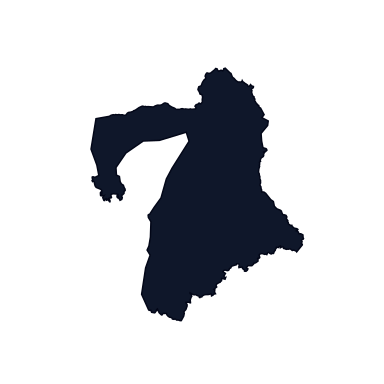 Cagaannuur, Hövsgöl, Mongolia (Mercator projection), rotated 125°
{"feature_id": "93677404B97246695364333", "entity_name": "Cagaannuur", "entity_type": "district", "adm_level": 2, "iso_a3": "MNG", "parent_name": "Mongolia", "parent_adm1": "Hövsgöl", "projection": "mercator", "projection_center": [98.912, 51.64], "detail": "fine", "context": "isolated", "style": "filled", "palette": "ink", "viewbox_px": 384, "rotation_deg": 125, "n_neighbors": 0, "source": "geoboundaries", "source_scale": "gbopen_adm2", "svg_char_len": 6014}
<svg xmlns="http://www.w3.org/2000/svg" viewBox="0 0 384 384"><g transform="rotate(125 192 192)"><path d="M71.5,235.8L72.7,236.7L73.9,236.2L75.1,236.3L75.6,238.1L77.8,239.4L77.3,241.3L76.7,242.2L77.3,243.5L78.6,243.5L84.2,245.1L85.4,246.7L85.8,248.0L86.4,248.2L87.9,248.2L89.6,247.7L90.1,246.7L91.5,245.8L92.9,246.4L94.1,246.4L96.3,246.3L99.4,245.5L100.1,245.6L101.9,246.8L104.5,246.0L105.3,244.8L105.5,243.9L107.2,241.5L106.7,240.2L106.8,239.4L108.1,237.8L110.3,236.7L112.4,235.1L114.7,235.3L115.0,235.6L114.9,236.8L115.2,237.3L117.0,237.7L118.0,238.7L120.0,238.8L120.5,237.3L121.4,236.7L122.0,236.9L123.6,238.7L124.6,240.1L125.0,241.2L125.6,241.4L126.4,242.5L127.7,245.0L128.6,245.9L129.2,247.6L130.0,248.6L131.2,249.3L133.5,252.6L133.3,254.2L134.0,257.3L134.2,260.6L133.6,262.1L133.6,262.7L134.5,265.2L135.6,266.0L137.9,266.8L139.2,267.9L140.7,270.2L142.7,271.6L144.5,272.4L147.3,277.1L148.2,278.0L148.5,279.1L149.4,280.0L149.9,281.6L150.5,282.2L153.2,283.8L157.5,285.4L158.9,286.4L159.7,286.5L161.5,287.8L163.3,289.7L164.5,290.2L166.8,290.3L167.6,290.9L168.2,291.8L168.6,293.3L170.1,295.2L170.4,296.3L171.5,297.3L172.5,299.2L173.3,299.6L173.8,300.8L175.5,302.3L177.4,303.1L187.0,312.7L214.8,299.3L224.5,285.4L231.9,277.8L235.7,279.9L236.1,281.4L236.8,282.3L237.7,281.9L238.7,280.5L240.0,280.4L240.5,279.4L239.6,278.9L239.6,278.2L241.9,275.7L242.6,274.8L243.2,273.1L242.1,268.1L242.5,266.8L246.1,264.3L246.3,264.4L245.3,265.3L244.7,266.6L245.2,266.6L247.1,265.1L247.3,264.8L247.3,264.3L245.9,262.5L247.0,262.6L245.8,262.0L247.8,261.9L249.4,259.4L249.4,259.0L248.4,258.8L248.3,259.3L248.0,259.3L246.6,258.6L246.6,258.2L246.9,258.0L246.7,257.5L247.6,257.2L247.1,256.8L246.7,257.3L246.3,256.5L246.3,256.0L246.8,255.4L246.6,255.0L246.9,254.8L247.3,253.9L247.1,253.6L246.4,253.9L245.6,255.0L245.6,255.6L245.2,255.9L245.6,256.5L245.2,256.7L243.8,255.7L243.5,255.0L242.5,254.9L242.2,255.4L242.5,255.5L242.3,255.9L240.2,256.9L238.6,255.5L236.8,252.4L236.8,251.2L236.6,251.7L236.4,251.3L237.8,250.0L238.0,250.2L237.7,250.6L237.2,250.8L237.5,251.3L238.3,251.2L239.2,250.3L239.3,249.6L238.2,249.6L239.2,248.3L239.3,247.6L240.1,246.2L238.4,245.3L236.7,245.8L236.2,246.3L236.0,247.1L235.1,247.7L235.3,247.9L234.9,247.7L234.8,247.4L232.2,246.9L230.4,248.0L229.2,247.6L228.0,248.5L227.3,250.1L225.8,252.1L225.9,254.5L224.7,256.8L220.9,260.4L221.5,263.6L215.6,268.3L198.0,268.5L178.2,261.2L168.4,248.3L146.3,231.0L152.1,223.5L183.8,222.0L196.0,220.5L214.6,214.0L226.4,214.2L234.7,213.9L235.2,214.5L236.1,214.7L237.9,213.1L239.9,208.6L252.8,200.2L261.0,196.3L265.3,195.5L267.7,190.1L280.7,186.5L304.7,174.6L313.4,160.0L313.5,159.2L312.5,157.9L313.7,156.1L312.5,153.4L312.0,153.1L309.6,153.1L308.6,153.6L307.6,153.2L308.8,151.7L308.9,150.7L309.7,149.9L310.2,146.6L310.0,146.1L308.0,146.0L306.1,143.2L307.0,142.2L307.5,140.2L307.4,138.5L306.7,136.9L306.8,135.9L307.3,135.2L306.6,133.6L305.6,133.1L305.7,131.1L304.7,129.8L304.2,127.9L303.5,127.0L298.4,127.6L295.7,128.8L294.9,130.0L291.8,129.6L288.2,130.6L286.9,131.6L286.5,133.2L285.9,133.7L284.1,131.4L283.9,129.9L283.6,129.7L281.5,131.5L279.1,132.3L277.5,132.4L276.4,134.2L276.3,135.3L275.7,135.7L275.4,132.4L275.0,131.3L273.7,129.7L273.9,129.2L273.8,128.3L273.3,126.4L273.5,125.8L274.1,125.5L274.0,125.0L273.4,125.0L272.3,123.8L271.1,123.9L268.8,122.7L266.4,119.5L264.6,118.1L264.7,117.6L265.9,116.4L264.4,115.6L263.4,115.7L261.9,114.4L261.1,116.1L258.9,117.3L259.2,118.3L255.6,117.3L255.3,118.3L253.6,119.1L250.9,118.0L249.8,117.2L249.0,117.3L247.8,116.9L245.7,118.1L244.5,114.9L242.6,115.4L243.1,115.8L243.1,116.9L242.5,117.6L239.5,117.9L239.6,121.0L238.2,121.0L237.0,120.2L236.2,118.0L235.5,117.3L234.5,117.0L233.3,117.4L231.8,116.7L230.7,117.0L229.6,116.7L226.1,113.9L225.2,114.3L224.0,112.5L224.8,111.3L226.1,110.9L227.0,110.2L224.9,108.1L224.9,107.4L225.5,107.0L225.8,106.1L225.7,104.5L226.7,103.6L226.0,102.3L224.3,101.8L222.9,102.1L223.1,103.8L222.7,104.0L220.2,103.9L218.1,100.7L215.7,100.2L215.1,100.6L213.6,99.3L210.8,98.3L209.5,99.2L209.0,100.0L208.2,99.9L208.1,99.2L207.1,98.9L206.7,99.0L205.1,100.9L203.7,100.7L202.2,99.3L201.4,96.7L200.7,96.2L200.4,94.8L198.3,95.2L197.4,94.2L197.6,93.0L197.4,91.6L196.2,91.3L196.0,90.3L195.3,90.0L193.7,90.5L191.9,90.4L191.2,90.9L190.1,90.7L188.9,91.2L187.8,89.2L186.8,89.5L185.5,88.6L186.9,87.6L185.4,86.9L184.8,86.1L185.7,84.6L185.0,84.0L185.3,82.9L184.9,82.4L184.7,81.6L183.9,80.9L183.4,80.0L182.2,79.1L182.4,76.3L181.6,75.8L181.0,74.6L180.9,73.4L180.6,72.8L181.0,71.9L172.1,71.3L171.5,71.7L171.5,72.9L169.6,73.3L169.2,74.5L167.5,74.4L167.0,73.9L166.2,73.9L165.3,75.3L165.3,75.7L164.6,75.6L163.5,76.6L163.8,78.9L164.9,80.4L163.8,81.9L163.6,83.6L163.8,84.1L162.9,83.7L161.9,83.8L161.9,85.1L163.0,87.6L162.8,89.2L162.9,90.0L162.0,91.1L162.9,92.1L162.8,92.5L162.9,94.6L161.6,95.9L161.3,97.1L160.5,97.1L159.8,99.4L158.0,100.0L157.2,101.6L157.6,103.0L158.5,104.5L157.1,107.0L156.4,107.7L156.2,109.0L157.1,112.9L156.4,116.4L153.1,119.9L153.1,123.1L150.8,130.9L150.8,133.2L152.0,134.5L151.5,134.9L151.5,135.4L150.4,136.1L149.4,137.6L148.3,138.4L147.3,140.5L145.3,141.0L143.1,142.6L142.2,144.1L140.3,145.4L139.8,146.3L138.4,147.5L138.2,148.1L137.4,149.0L135.0,150.4L132.1,151.4L131.5,152.2L130.2,152.6L129.0,153.8L127.7,153.4L127.5,153.9L125.5,154.8L124.2,154.8L122.2,154.0L121.1,154.1L120.5,154.8L118.2,155.4L118.2,155.8L117.8,155.5L117.8,156.0L115.8,154.7L114.8,154.6L114.2,155.4L114.0,156.2L115.0,159.3L110.3,164.2L104.4,169.0L94.1,168.2L90.1,170.3L91.0,177.4L87.3,177.3L83.9,184.0L84.1,185.0L83.7,186.2L82.9,186.9L83.2,187.5L82.7,188.3L82.8,189.3L82.4,189.7L82.2,191.1L81.6,191.9L81.4,193.0L79.8,193.8L79.5,195.1L78.5,195.6L78.6,196.7L77.8,198.3L76.0,200.5L74.6,201.0L74.5,201.5L73.9,202.1L73.1,202.3L71.4,201.6L70.3,202.2L70.9,204.2L70.4,205.6L72.6,205.7L73.0,206.2L73.1,207.1L72.5,207.8L72.5,210.5L72.8,211.4L72.5,211.8L72.5,213.7L72.0,214.7L72.6,214.5L74.3,215.3L74.7,216.4L75.5,217.4L75.5,220.0L74.8,222.7L74.8,224.1L74.6,225.0L72.5,228.1L72.6,229.3L71.5,235.8Z" fill="#0f172a" stroke="#020617" stroke-width="1.5"/></g></svg>